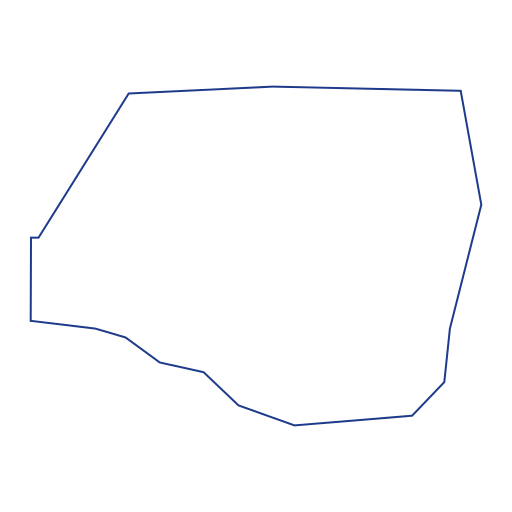 map outline of Chaguanas (Natural Earth projection)
{"feature_id": "TTO-63", "entity_name": "Chaguanas", "entity_type": "City", "adm_level": 1, "iso_a3": "TTO", "parent_name": "Trinidad and Tobago", "parent_adm1": "", "projection": "natural_earth1", "projection_center": [-61.422, 10.535], "detail": "fine", "context": "isolated", "style": "outline", "palette": "blue", "viewbox_px": 512, "rotation_deg": 0, "n_neighbors": 0, "source": "natural_earth", "source_scale": "10m", "svg_char_len": 334}
<svg xmlns="http://www.w3.org/2000/svg" viewBox="0 0 512 512"><path d="M30.7,320.9L31.0,237.7L38.5,237.7L128.7,93.5L272.7,86.6L460.7,90.8L481.3,204.7L449.9,328.6L444.3,382.1L412.1,415.7L294.4,425.4L238.5,405.4L203.6,372.2L159.8,362.5L125.6,337.5L95.4,328.6L31.1,320.9L30.7,320.9Z" fill="none" stroke="#1e3a8a" stroke-width="2"/></svg>